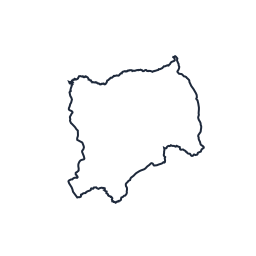 Pajarito, Boyacá, Colombia (Albers equal-area conic projection), rotated 123°
{"feature_id": "7082276B9160277643653", "entity_name": "Pajarito", "entity_type": "district", "adm_level": 2, "iso_a3": "COL", "parent_name": "Colombia", "parent_adm1": "Boyacá", "projection": "albers", "projection_center": [-72.701, 5.38], "detail": "fine", "context": "isolated", "style": "outline", "palette": "slate", "viewbox_px": 256, "rotation_deg": 123, "n_neighbors": 0, "source": "geoboundaries", "source_scale": "gbopen_adm2", "svg_char_len": 5811}
<svg xmlns="http://www.w3.org/2000/svg" viewBox="0 0 256 256"><g transform="rotate(123 128 128)"><path d="M144.6,89.0L144.4,88.0L144.7,87.1L145.3,86.1L145.2,85.6L144.9,85.2L143.5,83.5L141.8,82.3L139.6,80.5L138.6,79.9L137.4,79.7L137.2,78.7L136.7,78.5L136.2,78.6L134.9,79.3L133.4,80.7L132.5,80.8L132.1,81.0L132.1,81.8L131.7,82.7L131.2,83.3L129.5,84.0L127.9,85.0L126.5,85.5L125.1,86.8L125.1,86.3L124.2,84.9L123.7,84.8L122.8,85.0L121.8,84.8L120.9,84.2L120.5,83.2L120.3,83.0L119.1,82.7L119.0,81.5L118.6,80.6L118.0,79.8L117.7,77.9L117.3,77.6L116.8,77.7L116.4,77.5L116.4,76.6L116.1,75.1L115.8,74.3L117.5,72.6L117.5,72.0L117.2,71.5L116.3,70.5L116.0,70.0L116.1,68.9L115.9,67.3L116.4,66.5L116.2,65.6L116.7,64.5L116.7,63.9L116.6,63.4L115.9,62.1L116.0,61.6L116.7,60.2L116.6,59.1L115.7,58.4L114.8,58.4L114.2,58.2L114.0,56.8L112.7,55.5L112.2,55.4L111.2,55.8L110.6,55.8L108.1,54.1L105.9,54.6L103.4,53.7L102.8,54.0L102.4,55.3L102.4,57.5L102.1,58.3L100.4,60.1L99.3,62.0L98.5,62.9L97.3,63.7L96.9,64.4L96.5,64.8L95.6,65.1L93.7,65.1L92.2,65.0L91.2,65.2L89.4,66.1L88.2,66.6L87.2,67.2L86.6,67.6L85.7,68.8L84.4,69.8L83.6,71.0L82.5,73.2L81.2,74.7L80.5,75.1L78.4,75.7L77.2,76.8L73.9,78.6L72.2,79.7L69.2,82.4L66.9,84.8L66.6,86.1L66.3,86.7L66.0,86.8L64.8,86.9L62.9,88.4L61.8,90.1L59.7,94.2L58.3,97.8L56.0,101.5L54.9,102.4L54.5,103.0L54.0,105.3L54.0,105.9L53.6,106.9L53.7,108.1L54.2,109.2L53.6,111.8L53.6,112.5L54.7,114.7L54.1,116.9L53.9,117.2L53.6,117.4L51.4,117.4L49.9,117.8L48.8,118.3L48.0,119.5L46.6,120.6L46.1,121.7L45.4,122.5L44.9,123.4L44.3,123.9L42.8,124.5L42.1,126.7L42.1,127.6L42.4,127.8L43.2,127.8L44.1,129.4L43.9,127.9L44.7,126.4L45.8,125.6L46.5,125.8L49.0,127.5L49.8,127.7L51.6,127.6L52.7,128.0L53.6,128.0L53.8,128.3L53.7,128.6L53.9,129.1L56.3,130.7L56.7,131.5L59.2,131.9L59.8,132.4L60.7,132.8L61.7,133.7L61.8,134.2L62.2,134.3L62.9,134.3L64.4,135.7L65.0,136.0L65.4,136.6L66.2,137.1L66.5,137.7L67.5,138.0L67.9,140.2L68.3,140.7L68.6,141.6L69.3,142.0L69.8,143.1L69.5,144.0L69.6,144.6L70.8,145.5L71.6,145.7L72.2,146.4L72.2,147.0L71.9,147.7L72.3,149.3L72.7,149.5L72.8,149.7L73.3,150.2L73.5,150.7L74.0,150.9L74.2,151.6L75.2,152.6L76.0,153.1L76.2,153.5L76.8,154.0L77.1,154.9L77.9,155.4L77.5,156.3L78.6,158.1L79.4,158.5L79.6,159.2L80.1,159.5L80.6,159.4L81.3,159.9L81.4,160.0L81.4,160.6L82.0,160.9L82.1,161.6L82.4,162.0L83.0,162.3L83.5,162.9L84.2,163.2L84.4,163.1L85.6,163.0L85.8,163.6L86.5,163.9L87.5,164.1L88.6,164.1L89.0,164.5L89.5,164.7L90.0,166.1L90.9,166.7L91.3,167.4L91.8,167.6L92.1,168.3L92.9,168.3L93.4,168.6L94.5,168.8L94.7,169.0L95.2,169.8L95.9,169.8L96.1,170.1L96.4,170.2L96.9,170.2L97.6,170.5L98.5,170.5L99.3,171.2L100.0,171.2L101.3,170.7L101.8,170.7L102.5,170.8L103.5,170.8L104.1,171.3L104.2,171.7L103.9,172.5L104.0,172.8L104.7,173.1L104.8,173.7L104.9,173.9L105.3,174.2L105.8,174.2L106.6,175.0L106.4,175.5L106.7,175.9L106.5,176.9L107.1,177.5L107.1,178.5L106.9,178.9L107.3,179.5L107.1,180.0L107.9,180.6L108.2,181.5L108.5,181.8L108.7,182.6L109.2,182.9L108.9,183.5L109.0,183.9L108.3,185.0L108.7,185.6L108.4,186.6L108.9,187.4L108.5,187.7L107.9,188.6L107.6,189.3L107.6,190.7L108.0,191.1L107.7,191.6L107.8,191.8L107.9,192.0L109.1,192.3L109.4,192.5L109.6,193.4L109.2,194.1L110.0,194.8L110.5,196.4L111.4,197.3L112.0,197.1L112.8,197.2L113.6,196.9L114.5,197.2L115.6,197.9L116.0,198.6L116.4,199.0L115.7,199.2L115.8,199.6L116.8,199.7L117.3,200.3L118.0,200.2L118.8,200.9L119.2,200.7L119.6,199.7L120.0,200.5L121.3,201.9L121.4,202.5L122.3,201.2L122.0,200.8L122.0,200.4L121.6,200.3L121.3,200.0L121.1,198.9L121.3,198.3L123.2,198.4L124.0,197.9L125.3,197.7L127.7,196.9L127.7,196.6L128.1,196.1L128.5,196.1L129.4,196.5L129.9,196.5L132.4,194.0L132.9,193.2L133.3,192.2L134.7,190.5L137.8,189.5L139.0,189.5L139.6,189.4L142.0,188.6L142.3,188.6L143.5,188.4L144.4,187.9L144.7,187.6L144.8,187.0L144.8,186.2L144.5,184.4L144.9,183.2L145.4,182.9L146.6,183.1L148.2,182.9L149.0,182.9L150.5,182.7L152.2,181.1L153.2,180.8L153.9,180.1L155.0,178.3L155.0,177.6L155.8,174.2L156.2,172.7L157.1,170.7L157.5,168.7L161.2,166.1L162.2,165.6L163.8,165.2L164.9,164.7L165.6,164.1L165.1,158.6L165.3,158.1L167.1,155.6L168.1,154.5L169.9,153.9L170.8,153.9L171.8,154.0L172.4,153.9L173.1,153.4L175.7,149.7L177.1,148.2L177.5,147.9L178.1,147.9L178.4,148.0L179.0,148.6L180.4,149.8L181.2,150.2L182.6,150.4L184.7,150.1L185.8,149.7L187.2,148.8L188.7,147.4L190.5,146.3L191.1,146.3L192.5,146.8L192.9,146.8L193.6,147.3L194.2,147.4L195.5,146.5L195.5,145.7L196.0,144.7L196.1,144.2L196.6,143.5L196.9,143.4L197.6,143.6L198.2,145.0L199.2,146.0L200.4,146.6L201.0,146.6L201.4,146.7L202.1,147.7L203.9,148.8L204.7,149.0L205.3,148.8L206.5,147.2L208.5,142.9L209.8,141.1L211.4,139.4L213.9,132.7L213.2,132.2L212.4,130.9L211.4,130.2L210.9,130.3L209.6,131.1L209.1,131.0L208.7,130.4L207.4,130.1L206.6,129.4L205.7,128.2L204.6,128.2L204.1,127.8L203.4,127.7L201.2,125.9L200.2,125.5L199.0,126.0L198.6,125.9L198.5,125.7L198.1,124.3L197.7,124.1L196.7,124.3L196.5,124.2L195.1,122.3L195.4,121.1L195.1,119.6L193.5,118.7L192.3,117.4L192.1,116.5L191.4,115.6L191.4,114.8L191.3,114.6L192.5,113.7L193.1,114.1L193.2,112.7L192.9,111.3L193.3,111.1L194.1,110.9L194.5,110.6L194.4,109.0L194.8,108.2L195.3,108.0L195.4,107.5L195.4,107.0L195.0,105.8L195.3,105.0L194.8,104.6L195.0,103.9L195.4,102.9L195.9,102.7L196.8,102.6L197.4,101.7L198.0,101.4L198.1,101.2L197.5,100.8L197.4,100.4L197.8,99.6L197.3,98.9L197.3,98.4L197.5,97.8L197.1,97.5L196.1,97.5L195.7,96.8L194.8,96.5L194.7,95.9L194.1,96.0L193.4,95.2L192.3,94.8L191.8,94.9L190.9,95.4L189.9,95.7L188.7,94.8L187.0,94.4L186.1,93.5L184.1,93.4L182.9,93.7L181.8,94.6L181.0,94.9L179.7,95.6L178.5,96.6L177.9,98.0L177.0,98.8L176.2,99.3L175.0,99.3L173.5,98.9L172.0,98.8L170.5,97.9L169.1,98.4L168.0,98.4L165.0,97.3L162.8,96.9L161.3,96.5L157.9,94.9L156.2,93.8L154.0,92.1L152.5,91.4L149.7,90.9L147.4,90.0L145.2,89.5L144.6,89.0Z" fill="none" stroke="#1e293b" stroke-width="2"/></g></svg>